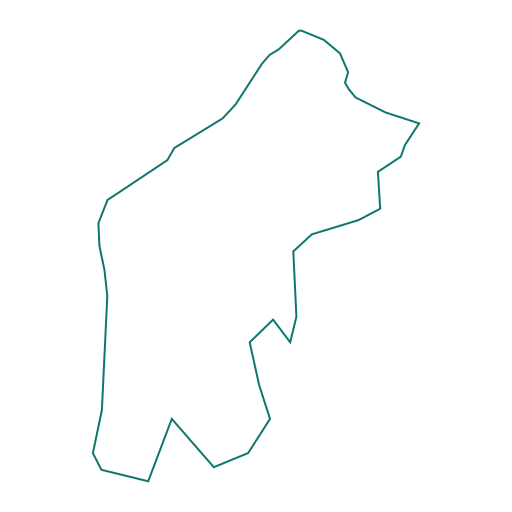 the border of Pavilostas
{"feature_id": "LVA-5719", "entity_name": "Pavilostas", "entity_type": "Municipality", "adm_level": 1, "iso_a3": "LVA", "parent_name": "Latvia", "parent_adm1": "", "projection": "albers", "projection_center": [21.267, 56.804], "detail": "fine", "context": "isolated", "style": "outline", "palette": "teal", "viewbox_px": 512, "rotation_deg": 0, "n_neighbors": 0, "source": "natural_earth", "source_scale": "10m", "svg_char_len": 628}
<svg xmlns="http://www.w3.org/2000/svg" viewBox="0 0 512 512"><path d="M92.9,453.2L101.9,410.0L107.3,296.0L104.4,269.6L99.4,245.8L98.4,223.2L107.5,200.0L167.4,160.1L174.3,148.0L222.5,118.5L235.6,104.4L262.2,63.4L269.6,54.9L278.6,49.5L298.9,30.7L301.5,30.7L323.9,39.9L340.0,53.4L348.1,72.2L345.0,82.8L349.1,89.6L355.6,97.5L385.6,112.5L419.1,123.4L404.9,145.1L400.8,156.7L377.9,171.8L380.2,208.7L358.5,220.1L311.9,234.3L293.3,251.4L296.4,316.7L290.2,342.3L273.1,319.6L249.7,342.3L259.1,384.9L270.0,418.9L248.2,453.0L213.8,467.2L171.8,418.9L148.2,481.3L101.4,469.8L92.9,453.2Z" fill="none" stroke="#0f766e" stroke-width="2"/></svg>